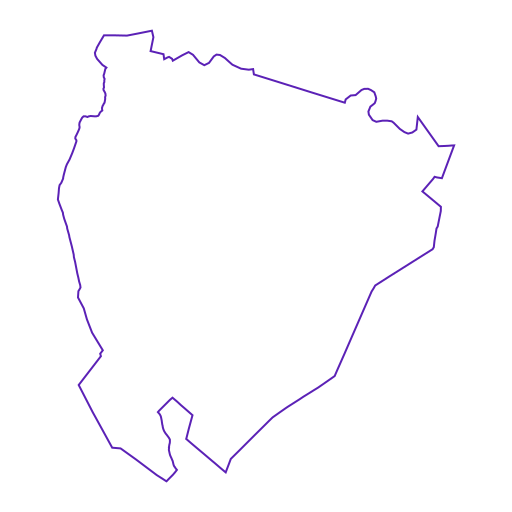 outline of Frumuseni, Arad, Romania
{"feature_id": "2599482B78271003832809", "entity_name": "Frumuseni", "entity_type": "district", "adm_level": 2, "iso_a3": "ROU", "parent_name": "Romania", "parent_adm1": "Arad", "projection": "mercator", "projection_center": [21.441, 46.085], "detail": "fine", "context": "isolated", "style": "outline", "palette": "violet", "viewbox_px": 512, "rotation_deg": 0, "n_neighbors": 0, "source": "geoboundaries", "source_scale": "gbopen_adm2", "svg_char_len": 3552}
<svg xmlns="http://www.w3.org/2000/svg" viewBox="0 0 512 512"><path d="M333.9,376.6L334.7,376.0L336.8,371.1L344.5,353.7L350.8,339.2L371.6,291.5L373.5,288.5L375.2,285.5L389.1,276.6L432.6,249.2L433.8,247.2L434.5,240.7L435.7,233.7L436.5,228.5L437.7,226.5L440.8,211.0L440.9,206.8L422.4,191.4L433.1,178.9L434.6,176.8L436.8,177.4L441.9,178.2L454.1,145.4L451.8,145.5L448.0,145.8L444.0,146.0L438.6,146.2L430.2,134.4L417.8,117.0L416.4,129.6L414.3,131.1L412.3,132.5L408.1,133.6L404.4,132.1L399.8,128.9L393.6,122.7L391.7,121.3L387.5,120.7L382.4,120.7L376.3,121.8L372.6,120.1L368.9,114.7L368.4,111.5L370.4,106.6L372.5,105.0L374.7,103.2L375.5,101.2L376.2,98.6L375.7,96.3L374.3,92.3L371.0,90.1L368.1,88.8L364.2,88.9L361.5,90.0L355.6,95.1L350.7,95.5L345.7,99.4L344.8,102.7L312.8,92.8L279.6,82.4L253.9,74.4L253.1,69.1L248.8,69.7L241.1,68.7L232.4,64.7L229.1,61.8L224.9,58.0L220.0,55.0L216.5,54.6L213.8,56.4L209.0,62.9L204.3,65.2L199.3,62.4L193.0,54.8L188.6,52.1L182.2,55.3L172.8,60.7L172.1,58.8L169.1,56.9L167.6,57.4L164.2,59.2L163.5,54.2L150.6,51.1L153.4,37.2L151.9,30.7L137.9,33.5L127.0,35.6L112.8,35.3L104.0,35.3L99.9,42.2L96.8,47.7L96.5,48.9L95.5,51.3L94.9,52.8L95.4,55.7L97.1,58.9L102.4,64.9L106.4,67.6L105.3,69.0L104.2,73.7L103.6,75.3L103.8,77.3L104.6,78.9L104.3,80.3L104.3,82.1L103.8,83.2L103.8,85.0L104.0,87.4L103.4,88.9L103.6,90.1L104.7,92.0L105.4,93.6L105.6,95.6L105.1,97.1L105.2,98.9L104.8,101.3L104.5,102.8L103.8,103.6L103.5,104.5L102.7,105.7L102.0,107.9L102.1,109.5L102.3,110.5L100.6,111.8L99.6,113.2L99.0,114.7L98.2,115.8L96.3,116.3L94.3,116.3L90.7,116.0L88.6,116.4L87.5,117.0L85.4,116.3L83.6,116.3L82.2,117.6L81.3,119.2L79.6,122.5L79.3,124.2L79.3,125.4L79.6,127.1L79.4,128.3L78.9,129.7L77.6,132.6L76.4,135.1L75.4,137.0L75.3,138.6L76.4,140.3L76.4,141.4L74.0,148.4L72.2,153.2L69.6,159.4L66.9,164.3L65.8,167.1L63.8,174.7L63.2,177.4L63.1,178.6L61.3,182.8L59.6,185.1L59.0,188.1L58.6,193.2L57.9,199.5L59.4,203.8L61.8,210.1L62.9,212.7L63.1,214.6L64.2,218.7L65.6,222.7L67.0,226.6L67.2,228.5L69.1,235.2L69.4,237.1L71.8,246.3L73.7,254.6L73.9,257.1L75.1,261.9L77.3,273.4L78.3,277.5L79.1,281.4L80.2,285.1L80.5,287.5L79.6,289.2L78.4,291.2L78.0,297.5L83.8,308.4L86.9,319.3L92.1,332.7L102.8,350.3L100.2,353.7L100.9,356.2L78.7,385.0L92.7,412.2L95.8,417.8L102.5,430.0L112.2,447.7L120.5,448.4L121.0,448.7L135.9,459.4L156.9,475.2L163.2,479.2L166.1,481.1L166.5,481.3L168.9,478.8L172.9,474.8L175.2,472.1L176.9,469.9L176.3,469.1L175.9,468.7L175.4,468.0L174.9,467.1L174.3,466.5L173.9,465.6L173.6,464.9L173.2,463.3L173.0,462.3L172.8,461.6L172.6,460.8L172.1,459.8L171.5,458.3L170.8,456.8L170.1,455.2L169.7,453.7L169.2,451.4L168.9,450.1L168.9,449.1L169.1,447.7L168.9,447.4L169.0,446.9L169.1,446.3L169.2,445.7L169.3,445.0L169.4,444.5L169.6,443.7L169.8,443.0L169.9,441.7L169.9,440.8L169.9,439.7L169.6,439.0L169.2,438.4L169.0,437.9L168.1,436.7L166.7,434.8L165.7,433.6L165.3,433.0L164.7,432.0L164.3,431.4L163.8,430.3L163.3,429.0L162.8,427.2L162.6,425.7L162.3,424.7L161.9,422.1L161.7,420.5L161.4,419.1L161.2,418.0L160.8,416.3L160.4,415.5L160.0,414.7L159.7,414.2L157.9,412.1L159.2,410.6L170.0,399.8L172.5,397.7L177.1,401.6L181.0,405.2L184.5,408.2L192.5,415.2L188.9,428.4L186.3,438.7L186.2,438.9L191.5,443.5L200.4,451.0L203.5,453.6L212.1,460.9L214.3,462.7L220.7,468.2L225.7,472.4L226.2,471.1L226.9,469.2L229.0,463.7L230.8,458.9L239.5,450.3L242.4,447.4L251.1,438.7L254.7,435.1L265.3,424.6L268.8,421.1L272.6,417.4L277.7,413.8L279.1,412.8L286.1,407.9L287.9,406.7L299.7,399.2L303.4,396.7L305.2,395.6L313.7,390.3L318.1,387.6L333.9,376.6Z" fill="none" stroke="#5b21b6" stroke-width="2"/></svg>